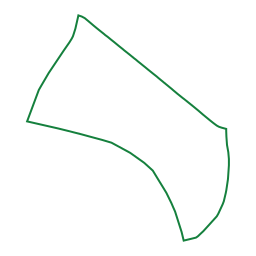 Samphanthawong, Bangkok Metropolis, Thailand (Albers equal-area conic projection)
{"feature_id": "78962969B78328018981933", "entity_name": "Samphanthawong", "entity_type": "district", "adm_level": 2, "iso_a3": "THA", "parent_name": "Thailand", "parent_adm1": "Bangkok Metropolis", "projection": "albers", "projection_center": [100.51, 13.738], "detail": "fine", "context": "isolated", "style": "outline", "palette": "green", "viewbox_px": 256, "rotation_deg": 0, "n_neighbors": 0, "source": "geoboundaries", "source_scale": "gbopen_adm2", "svg_char_len": 1391}
<svg xmlns="http://www.w3.org/2000/svg" viewBox="0 0 256 256"><path d="M226.2,128.9L221.7,127.7L219.0,126.8L216.8,125.6L214.5,123.9L212.8,122.6L209.3,119.8L203.0,114.6L199.4,111.5L198.0,110.3L196.4,109.0L193.5,106.6L183.4,98.5L183.2,98.4L181.2,96.8L177.7,94.0L175.8,92.4L173.4,90.4L171.7,88.9L169.6,87.2L167.8,85.7L165.1,83.5L164.6,83.0L164.2,82.8L162.7,81.5L160.7,79.9L158.3,77.9L157.5,77.2L156.7,76.5L154.3,74.6L153.4,73.9L147.8,69.4L145.4,67.4L142.9,65.4L140.7,63.6L137.8,61.3L136.3,60.0L135.7,59.5L134.1,58.3L130.2,55.1L126.3,52.0L123.9,50.1L122.9,49.2L120.0,46.9L119.0,46.1L115.6,43.3L114.4,42.3L111.5,40.0L111.0,39.6L107.6,36.8L105.0,34.9L104.5,34.4L100.5,31.2L96.9,28.3L93.5,25.5L90.8,23.2L84.7,18.1L82.6,17.0L81.7,16.5L79.5,15.8L78.4,15.4L75.4,28.6L73.6,34.3L72.9,36.4L71.7,38.7L69.4,42.4L63.7,50.6L48.7,73.0L41.2,85.8L38.8,90.0L27.1,121.4L58.3,128.5L67.6,130.8L81.4,134.3L91.3,137.0L102.1,139.9L111.5,142.7L130.1,152.8L143.9,162.6L144.4,163.0L152.8,170.6L158.7,180.3L162.7,186.8L166.4,192.9L171.4,203.1L173.2,207.3L175.1,211.6L180.2,227.6L181.6,232.0L183.7,240.6L192.0,238.6L196.0,237.6L197.6,236.5L198.0,236.2L200.6,233.7L203.3,231.2L206.4,227.8L216.8,216.3L218.3,213.7L222.7,204.2L223.8,201.3L225.7,193.3L226.3,190.3L227.9,179.6L228.1,177.2L228.9,165.3L228.9,159.0L228.3,152.2L227.0,144.9L226.4,136.5L226.2,131.0L226.2,128.9Z" fill="none" stroke="#15803d" stroke-width="2"/></svg>